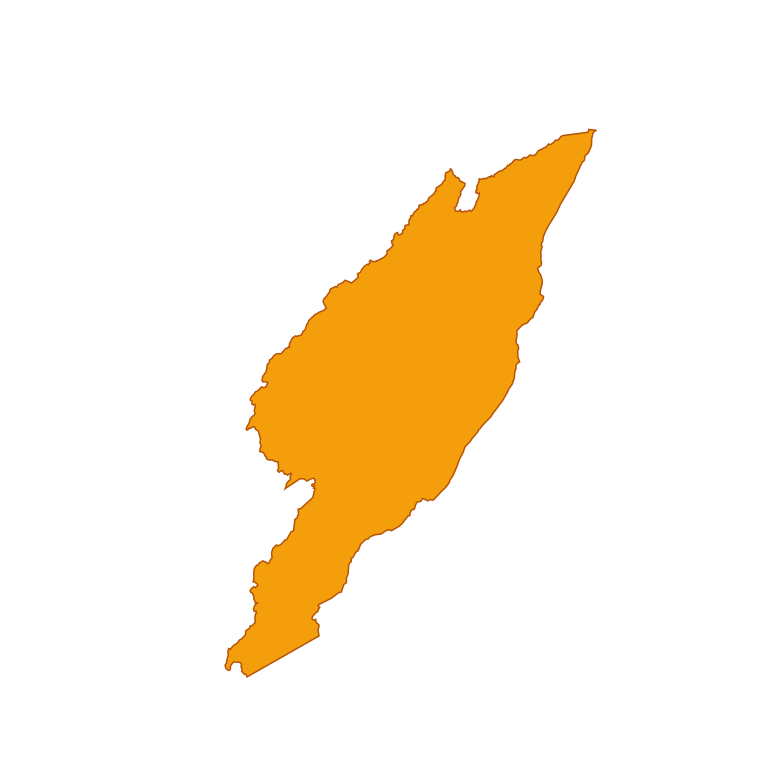 the district of Condorcanqui, Amazonas, Peru, rotated 30°
{"feature_id": "86281439B49364565182822", "entity_name": "Condorcanqui", "entity_type": "district", "adm_level": 2, "iso_a3": "PER", "parent_name": "Peru", "parent_adm1": "Amazonas", "projection": "equal_earth", "projection_center": [-78.171, -4.2], "detail": "fine", "context": "isolated", "style": "filled", "palette": "amber", "viewbox_px": 768, "rotation_deg": 30, "n_neighbors": 0, "source": "geoboundaries", "source_scale": "gbopen_adm2", "svg_char_len": 6149}
<svg xmlns="http://www.w3.org/2000/svg" viewBox="0 0 768 768"><g transform="rotate(30 384 384)"><path d="M381.8,690.7L382.5,693.7L384.4,696.1L386.3,702.6L387.2,704.2L386.9,706.9L388.9,709.1L392.1,710.0L393.3,709.1L393.5,707.6L391.9,704.7L392.7,699.9L398.6,697.1L400.9,698.2L401.7,700.7L403.3,701.4L404.5,704.1L408.0,705.1L409.8,704.5L411.8,706.2L453.7,634.7L449.8,629.9L449.0,626.7L447.9,625.0L444.6,624.5L442.5,622.0L441.1,623.8L439.3,623.4L438.7,622.8L438.4,620.9L439.3,616.1L440.5,614.1L439.8,611.8L440.1,609.6L437.7,608.9L437.9,607.5L445.6,595.7L449.2,587.1L451.1,585.5L449.4,577.8L450.8,574.6L448.5,571.0L447.8,566.3L444.1,558.7L443.8,555.8L444.5,554.1L443.0,551.9L443.8,549.2L443.7,543.4L445.0,541.3L443.9,534.6L445.4,529.0L446.1,527.4L447.8,526.0L448.4,523.1L451.6,519.1L456.5,515.3L459.6,509.0L461.7,507.6L463.9,507.3L468.2,499.7L469.5,495.8L470.7,486.9L472.2,484.7L471.3,483.4L470.8,480.3L471.4,478.7L472.9,477.2L471.8,473.1L471.7,469.7L474.5,467.4L474.6,463.8L480.5,463.2L481.8,460.9L483.8,460.5L484.9,459.5L488.0,446.0L489.0,443.5L489.7,437.6L489.7,436.1L489.1,434.7L489.5,428.6L488.4,418.7L486.9,411.3L486.8,404.6L485.6,397.9L487.4,390.6L487.6,386.8L489.2,378.5L488.9,376.0L489.6,374.4L489.6,372.2L493.0,358.7L492.9,356.8L495.1,338.1L494.9,328.4L494.5,326.8L495.1,320.2L493.9,313.6L491.3,308.4L490.6,304.6L488.9,301.7L489.3,298.5L490.4,297.1L486.4,293.6L483.0,288.0L483.0,286.3L480.9,283.5L478.4,282.8L477.1,281.3L475.0,275.6L472.4,271.5L474.1,264.1L477.6,259.2L478.3,254.6L479.7,251.9L478.5,246.1L479.2,243.0L478.6,238.9L479.4,237.0L478.7,236.1L479.4,232.2L478.8,229.0L478.4,228.5L474.2,228.1L473.0,225.7L470.9,218.2L469.5,215.4L464.9,211.0L462.9,210.2L459.5,207.4L459.4,206.1L460.7,203.1L459.8,200.1L457.3,197.5L456.1,194.6L453.7,191.3L452.3,186.0L450.3,184.5L450.0,180.9L448.4,176.9L447.6,171.7L447.3,164.3L447.8,148.8L446.9,140.1L447.3,113.3L446.2,108.5L444.7,93.3L445.7,90.3L444.0,85.7L445.4,81.8L444.8,76.3L444.3,73.5L441.3,67.9L439.5,61.9L440.2,59.3L441.2,58.0L434.0,61.2L434.9,63.9L414.8,79.3L413.5,81.2L412.9,85.8L410.4,87.3L410.5,88.6L408.8,93.3L406.5,93.9L406.0,97.6L404.4,99.6L403.7,101.3L401.2,104.2L400.5,109.8L398.7,111.9L395.8,112.7L394.5,116.7L392.1,117.7L390.1,122.0L386.4,123.4L384.9,124.7L384.1,129.3L383.1,130.7L383.4,131.8L381.7,132.8L381.6,136.2L380.5,137.1L380.4,138.9L377.6,142.0L374.8,147.7L375.7,149.5L372.7,150.0L372.8,151.3L371.7,151.7L369.0,155.9L367.9,155.8L365.2,158.5L363.9,158.7L365.1,161.4L365.6,166.7L367.3,168.6L366.8,169.9L367.5,171.9L368.6,172.5L369.3,171.8L370.1,172.2L370.9,172.0L371.1,171.1L372.1,172.3L373.0,178.4L372.8,180.5L373.7,182.0L373.7,184.7L374.1,185.6L373.4,190.8L371.0,190.7L369.4,193.6L367.6,193.7L366.7,195.2L364.6,196.2L363.0,194.9L361.9,197.4L359.6,198.5L356.8,195.8L357.9,193.8L357.2,192.5L357.1,190.2L355.8,185.7L355.8,181.5L354.3,179.4L354.8,171.9L353.9,169.8L350.1,169.9L349.0,170.5L345.4,168.2L342.6,169.1L341.9,168.3L339.6,168.1L335.2,164.4L333.9,164.5L334.3,167.0L331.9,170.2L332.7,172.7L334.9,176.5L334.2,178.8L334.1,182.2L331.3,187.9L331.6,189.9L332.4,191.0L332.0,192.2L332.1,194.6L329.9,199.9L330.2,204.1L329.2,205.8L329.4,206.6L327.9,207.9L327.7,209.6L325.7,210.8L325.0,212.2L326.1,213.6L326.0,215.9L325.2,216.4L325.3,217.5L324.3,219.7L324.6,223.9L323.2,224.6L324.0,227.3L323.7,229.4L325.9,233.7L323.5,235.5L323.0,236.5L324.3,239.0L323.3,241.7L324.6,243.7L323.2,247.1L321.2,247.3L320.1,246.0L318.5,248.0L318.7,251.2L319.6,251.9L319.8,254.6L318.9,256.3L321.0,258.7L322.7,259.3L321.4,264.5L320.0,267.4L321.5,269.1L321.3,272.0L320.4,274.7L316.7,280.4L315.8,281.0L316.0,281.8L312.6,283.9L310.9,283.3L310.1,284.1L310.0,285.1L311.0,285.3L311.3,286.6L310.6,287.8L310.8,288.6L309.6,288.7L308.0,292.2L307.5,296.2L307.7,299.0L305.9,301.9L308.1,304.0L308.1,305.2L305.5,312.6L298.4,313.6L297.6,316.9L294.8,320.5L294.8,323.6L293.4,323.8L290.2,328.3L290.1,329.8L290.8,330.8L290.2,337.5L289.4,340.3L289.8,342.5L290.8,343.8L295.9,347.0L295.1,350.3L291.8,354.4L290.7,357.2L289.8,357.6L287.1,366.6L287.6,368.6L287.3,370.5L288.5,376.3L287.6,378.9L287.9,382.9L284.8,386.2L283.3,386.6L281.8,389.6L281.6,391.1L282.1,396.8L283.0,397.6L282.8,398.9L283.6,399.7L282.6,400.1L282.1,401.7L281.2,402.2L279.7,409.4L276.5,411.0L275.2,412.6L274.3,415.3L274.2,417.7L272.9,420.4L273.9,423.4L273.2,424.9L273.6,426.9L274.9,429.4L275.7,432.4L275.2,438.1L276.6,441.9L278.2,442.8L279.0,441.7L282.8,440.9L283.2,445.6L281.4,447.5L279.4,447.7L277.9,453.5L276.5,455.0L276.5,457.9L275.6,460.7L275.7,463.6L276.2,464.9L278.3,464.8L279.6,467.4L281.4,467.5L282.5,466.2L283.2,466.6L285.1,472.2L287.1,473.8L287.1,476.6L286.2,477.7L285.6,481.1L286.8,485.8L286.6,489.0L287.1,492.0L288.3,492.4L289.0,492.0L289.1,490.2L290.3,489.4L292.5,485.9L294.5,486.5L295.3,487.4L298.8,487.7L304.7,493.6L305.8,496.7L309.0,499.5L308.7,500.8L310.1,504.6L313.1,503.8L315.0,504.2L317.2,505.9L318.4,505.8L319.0,506.9L320.4,507.6L323.3,507.1L324.6,505.7L328.8,505.5L331.0,504.4L334.7,509.4L335.1,512.3L337.2,512.9L338.5,510.4L339.4,509.7L343.1,511.8L345.1,510.8L346.1,511.2L347.9,507.7L348.6,508.0L349.2,511.5L350.7,513.4L349.7,516.5L349.4,519.5L350.4,521.3L350.7,524.1L358.6,508.1L362.3,506.1L365.8,506.6L369.0,501.5L371.0,500.8L373.6,503.2L373.6,505.0L371.8,506.9L372.3,508.2L373.3,508.4L374.7,507.1L375.1,509.5L376.4,509.0L379.1,517.8L374.0,534.0L372.2,535.2L375.2,539.9L375.1,541.8L375.8,543.5L374.5,545.7L379.2,556.6L377.4,558.3L377.5,567.6L376.2,568.7L375.0,574.3L373.6,576.6L372.7,577.4L371.8,576.9L371.1,577.7L370.0,582.0L370.9,586.1L373.9,590.4L373.5,593.6L373.9,596.5L373.2,597.7L371.8,597.2L367.3,597.8L366.7,599.7L365.6,600.9L365.3,604.4L364.3,604.7L363.9,607.4L364.1,609.1L366.0,613.5L367.6,615.4L368.7,618.4L369.7,619.5L369.5,620.7L370.9,620.2L374.4,620.6L375.4,621.5L374.3,624.6L372.3,624.9L371.3,628.5L371.5,630.2L372.8,631.1L374.6,630.9L377.8,633.4L378.9,635.5L381.1,636.7L381.9,638.0L383.8,637.0L383.2,638.2L382.8,641.3L383.6,644.3L385.4,645.8L387.1,644.8L387.9,645.9L387.8,647.7L388.7,650.3L391.6,654.9L390.7,659.0L389.1,660.3L389.6,663.1L387.8,666.4L387.9,667.5L389.5,670.2L388.1,675.9L386.8,678.0L386.2,682.9L384.9,684.4L383.7,688.7L383.7,690.6L381.8,690.7Z" fill="#f59e0b" stroke="#b45309" stroke-width="1.5"/></g></svg>